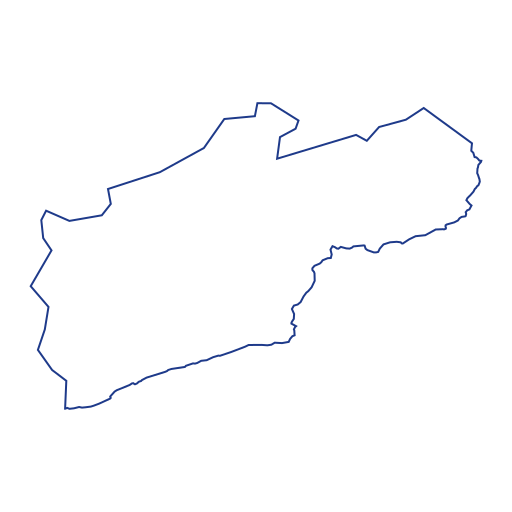 the district of Harlan, Kentucky, United States of America
{"feature_id": "52423323B63202283585977", "entity_name": "Harlan", "entity_type": "district", "adm_level": 2, "iso_a3": "USA", "parent_name": "United States of America", "parent_adm1": "Kentucky", "projection": "orthographic", "projection_center": [-83.118, 36.843], "detail": "fine", "context": "isolated", "style": "outline", "palette": "blue", "viewbox_px": 512, "rotation_deg": 0, "n_neighbors": 0, "source": "geoboundaries", "source_scale": "gbopen_adm2", "svg_char_len": 2445}
<svg xmlns="http://www.w3.org/2000/svg" viewBox="0 0 512 512"><path d="M466.0,213.2L465.7,212.2L467.2,210.3L469.4,209.4L471.5,205.5L469.8,204.1L466.4,200.2L467.3,198.3L469.0,196.5L470.1,195.5L473.5,191.6L474.8,189.0L476.0,187.9L477.1,186.2L478.4,185.3L479.3,183.1L479.8,181.6L479.4,178.9L479.2,178.6L478.0,174.9L477.2,173.2L477.5,168.5L477.9,167.6L478.4,164.9L481.0,161.9L481.3,160.8L479.4,160.6L478.0,158.9L476.4,157.4L475.4,157.2L474.6,157.1L473.3,152.8L471.3,150.8L471.3,150.4L471.8,145.1L472.0,143.3L423.7,108.0L405.9,119.7L379.1,127.0L366.8,140.8L356.1,134.9L277.1,158.7L280.0,137.1L295.6,128.7L298.5,120.5L271.0,103.3L257.4,103.2L254.9,116.2L224.3,119.0L203.9,148.0L159.8,172.2L108.0,189.0L110.8,203.9L101.8,215.3L69.4,220.9L46.1,210.7L41.3,220.1L43.2,238.1L51.5,250.4L30.7,286.2L48.5,306.9L44.8,329.5L37.9,349.9L52.1,370.0L66.3,380.8L65.1,408.7L65.3,408.7L67.2,407.9L69.5,408.8L74.0,408.3L79.1,407.0L82.0,407.6L85.3,407.3L90.8,406.6L93.7,405.7L99.0,403.7L110.1,398.6L110.7,397.9L110.2,396.7L110.4,396.3L114.6,391.6L116.8,390.2L129.6,385.0L132.0,383.4L133.3,383.2L134.6,384.2L135.3,384.2L137.2,383.3L138.5,382.0L139.2,381.6L141.1,381.0L141.9,380.1L146.6,377.6L165.3,371.8L167.1,371.0L168.2,370.0L171.2,369.0L184.5,367.0L185.1,366.8L185.9,365.8L193.0,363.4L195.0,363.6L197.2,363.0L201.2,360.8L206.7,360.2L213.1,357.2L218.4,355.6L219.9,355.8L231.2,352.0L245.1,346.7L248.6,345.0L261.6,344.9L267.4,345.3L271.4,344.7L274.7,342.7L282.0,343.1L288.7,341.9L290.1,338.9L292.4,336.2L294.6,335.3L294.3,330.5L293.9,329.3L295.3,326.6L296.0,326.3L296.1,326.2L291.4,323.6L291.5,322.6L292.2,321.3L293.8,318.9L294.1,314.0L291.9,309.0L293.9,305.6L297.7,304.5L300.6,302.1L303.6,296.4L306.3,292.7L308.2,291.2L311.6,287.3L314.7,280.8L314.5,273.3L313.9,271.7L312.5,270.2L312.3,268.9L312.5,268.1L314.5,265.8L319.7,263.6L321.3,262.2L322.6,260.3L327.7,258.2L330.8,258.0L331.7,254.5L330.5,249.6L332.5,246.2L334.8,247.1L336.9,248.5L338.4,248.7L340.8,246.9L346.3,248.4L349.7,248.6L352.0,247.6L353.4,246.4L363.9,245.4L364.6,245.6L365.6,248.7L367.4,250.1L373.8,252.4L376.1,252.4L378.2,251.9L379.8,248.6L383.5,244.4L390.1,242.3L396.7,241.8L400.7,242.3L401.7,243.4L402.8,243.5L409.2,239.3L415.6,236.2L425.3,235.2L435.7,229.5L442.9,229.2L443.0,229.2L444.0,229.4L445.7,228.8L446.0,228.0L445.5,226.6L445.6,225.3L446.7,224.5L454.2,222.4L457.9,220.5L459.5,218.3L461.6,216.9L465.1,216.4L465.7,216.0L466.2,214.0L466.0,213.2Z" fill="none" stroke="#1e3a8a" stroke-width="2"/></svg>